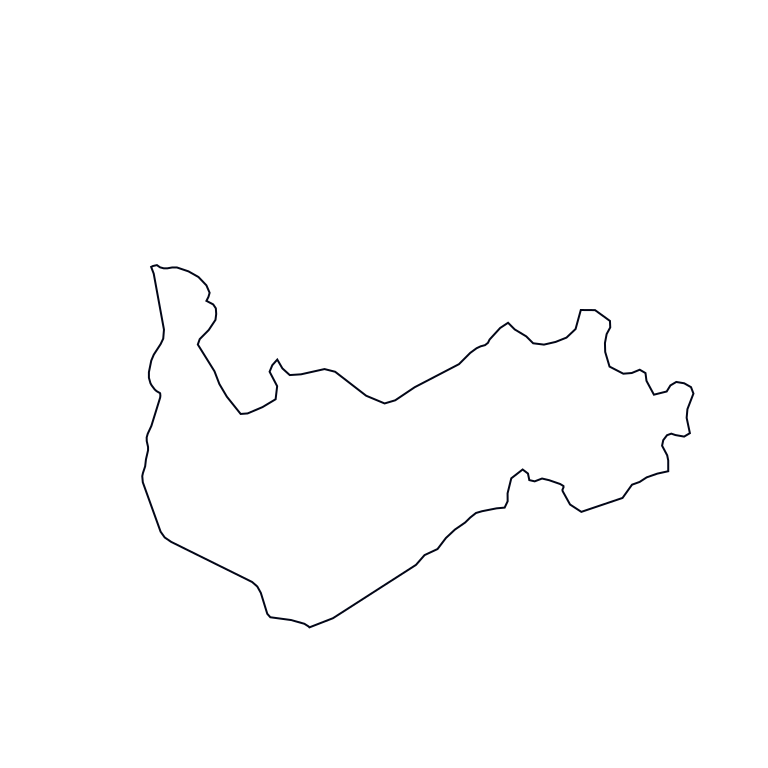 Katsina, Natural Earth projection, rotated 241°
{"feature_id": "NGA-2870", "entity_name": "Katsina", "entity_type": "State", "adm_level": 1, "iso_a3": "NGA", "parent_name": "Nigeria", "parent_adm1": "", "projection": "natural_earth1", "projection_center": [7.789, 12.229], "detail": "fine", "context": "isolated", "style": "outline", "palette": "ink", "viewbox_px": 768, "rotation_deg": 241, "n_neighbors": 0, "source": "natural_earth", "source_scale": "10m", "svg_char_len": 2134}
<svg xmlns="http://www.w3.org/2000/svg" viewBox="0 0 768 768"><g transform="rotate(241 384 384)"><path d="M363.1,117.0L415.0,125.4L420.6,127.9L423.0,130.0L427.8,135.2L433.4,139.2L440.4,145.5L443.3,147.1L449.4,148.9L449.6,149.1L452.3,150.5L455.0,153.2L460.1,160.2L480.6,181.6L482.1,182.7L484.1,183.6L484.9,183.6L485.7,183.0L488.1,181.6L490.4,180.8L495.5,180.1L497.9,180.1L503.4,181.4L508.3,184.1L517.3,191.8L521.3,196.9L527.2,208.0L530.7,212.9L538.2,217.9L592.2,236.1L599.3,237.1L599.2,239.2L598.1,243.0L594.6,244.7L592.0,247.4L590.2,250.6L588.6,255.3L586.4,259.3L577.3,267.6L567.5,273.6L556.4,276.5L548.3,275.7L545.3,272.7L542.8,269.0L536.4,273.2L531.7,273.6L526.6,271.2L521.8,267.7L516.2,256.9L512.6,244.6L508.8,240.3L477.3,241.9L463.8,240.0L449.1,240.4L427.3,244.1L424.4,250.4L422.7,266.5L423.2,281.8L433.9,289.5L450.2,289.9L454.6,295.4L457.1,302.5L446.9,302.7L437.5,305.9L432.7,316.1L425.9,339.2L418.4,347.2L382.4,362.7L366.7,375.1L364.3,385.9L366.3,409.3L365.0,459.2L369.4,474.5L370.4,482.3L370.1,486.8L369.0,491.2L369.6,494.9L371.7,497.9L376.7,512.8L377.4,522.2L368.3,524.8L356.7,531.5L347.3,534.2L340.9,543.0L337.6,554.5L336.1,566.1L339.2,578.2L353.3,592.0L346.3,604.4L329.6,612.2L323.8,609.3L319.7,602.9L312.7,597.1L304.8,593.0L289.9,589.7L277.0,598.3L273.5,606.0L272.5,614.6L266.8,618.0L259.5,615.1L243.8,614.9L240.4,627.6L243.9,633.8L244.1,640.6L239.1,646.9L232.4,651.0L225.6,650.0L214.9,637.2L207.7,632.3L192.7,627.7L192.5,621.0L198.1,614.1L201.3,611.2L202.0,606.7L199.5,601.0L195.2,597.3L184.3,597.1L179.3,595.5L169.9,590.3L173.1,579.6L175.0,568.5L174.4,560.1L175.7,552.1L168.7,537.4L176.5,494.6L188.4,488.3L203.6,488.3L204.9,488.7L206.7,491.0L207.8,491.5L211.1,489.6L219.8,481.8L224.7,476.4L225.8,468.6L229.5,464.5L235.9,466.5L242.0,463.8L239.8,449.6L228.5,439.1L221.5,435.3L217.4,429.6L220.7,422.1L225.2,408.1L226.6,401.9L225.4,394.7L223.5,387.8L222.3,375.5L219.3,363.5L213.7,350.8L214.7,336.5L210.3,324.3L203.9,225.8L207.3,200.8L208.5,200.5L212.9,198.1L222.6,188.3L235.1,171.5L239.6,170.5L261.0,175.0L268.3,175.0L274.7,172.7L349.1,121.3L356.1,117.8L363.1,117.0Z" fill="none" stroke="#020617" stroke-width="2"/></g></svg>